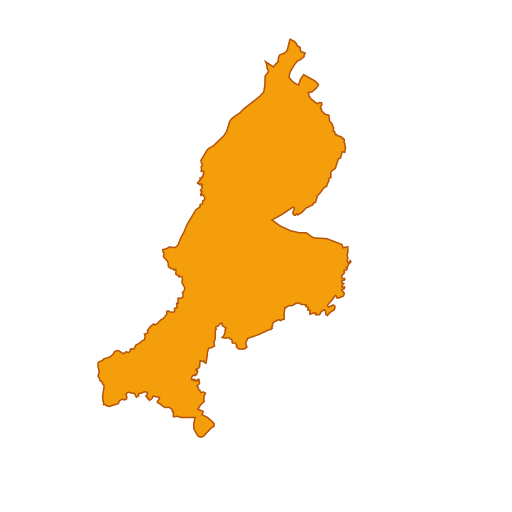 Phan Thong, Chon Buri, Thailand (Equal Earth projection), rotated 210°
{"feature_id": "78962969B10956756267411", "entity_name": "Phan Thong", "entity_type": "district", "adm_level": 2, "iso_a3": "THA", "parent_name": "Thailand", "parent_adm1": "Chon Buri", "projection": "equal_earth", "projection_center": [101.08, 13.465], "detail": "fine", "context": "isolated", "style": "filled", "palette": "amber", "viewbox_px": 512, "rotation_deg": 210, "n_neighbors": 0, "source": "geoboundaries", "source_scale": "gbopen_adm2", "svg_char_len": 6090}
<svg xmlns="http://www.w3.org/2000/svg" viewBox="0 0 512 512"><g transform="rotate(210 256 256)"><path d="M344.9,429.1L342.6,427.4L340.5,424.3L338.1,422.7L337.4,421.5L338.1,416.4L333.8,408.5L331.6,402.7L331.4,401.2L332.7,395.7L340.4,376.7L341.5,371.8L344.5,365.9L346.0,361.9L346.0,359.2L343.7,349.0L344.0,344.2L347.9,330.4L350.9,325.1L351.3,323.4L351.5,311.2L349.4,308.9L347.8,308.2L348.2,305.9L346.2,303.4L346.1,302.1L344.5,302.3L343.7,303.1L342.0,300.4L342.5,299.8L341.9,298.8L341.8,297.0L342.6,296.8L342.7,295.7L343.4,295.3L341.9,294.2L342.8,293.3L342.6,292.2L343.2,290.5L343.1,289.8L342.2,289.6L341.4,290.3L340.4,289.7L339.7,291.1L338.2,291.1L338.5,289.4L337.2,288.9L336.6,287.7L337.0,285.5L335.9,284.6L334.7,284.8L335.0,282.7L334.2,280.9L333.7,280.9L333.2,282.5L332.5,282.5L329.5,280.8L328.7,279.1L329.7,277.2L328.4,274.0L330.0,272.9L329.8,271.6L329.0,271.1L329.1,270.4L331.1,266.1L331.5,249.6L330.4,240.9L330.2,234.3L329.0,225.9L330.4,222.7L335.7,220.5L337.1,217.6L340.0,214.9L338.4,212.9L337.0,212.5L335.8,209.0L330.0,207.2L328.4,205.8L326.7,203.1L323.9,202.5L320.8,203.4L319.9,202.7L318.9,204.4L317.3,202.3L316.6,200.3L313.8,199.9L313.0,200.6L312.2,199.4L310.6,200.8L309.6,200.9L307.7,198.6L307.5,197.1L306.4,195.6L301.7,192.8L300.9,190.3L301.3,187.2L299.9,186.5L298.8,183.9L299.7,181.9L302.5,180.5L299.9,176.1L301.0,175.6L301.0,174.9L298.4,171.8L300.4,169.9L298.7,167.2L299.3,166.2L301.7,164.7L304.4,164.6L305.6,163.5L304.2,160.9L304.9,155.7L306.6,152.9L307.6,148.5L309.1,145.6L310.7,146.1L312.3,141.7L312.8,137.2L311.3,135.7L312.3,133.6L313.6,132.7L311.7,130.7L310.7,127.8L312.0,126.1L313.2,122.5L315.5,118.9L315.2,114.1L317.8,113.3L318.2,112.1L317.5,111.1L317.6,109.6L318.5,108.4L320.6,108.3L321.7,105.2L328.0,105.3L330.6,102.9L330.6,99.7L331.7,96.4L332.6,94.8L336.5,90.6L336.7,88.8L339.4,85.3L338.9,83.5L337.6,81.3L333.5,76.9L333.5,75.0L332.5,72.7L330.2,71.7L328.8,70.0L326.5,70.0L325.1,68.6L323.3,68.1L322.3,67.1L318.9,58.3L316.7,54.6L314.4,52.6L313.7,51.0L312.4,52.0L311.0,51.6L308.0,52.2L301.4,59.3L302.0,62.4L299.9,65.4L298.2,65.4L296.7,67.1L297.2,69.2L298.7,70.4L299.5,71.9L298.4,74.3L294.2,75.4L292.7,76.3L289.0,73.9L287.9,75.9L288.1,77.1L288.9,78.2L286.3,80.3L285.0,82.5L282.2,83.5L281.0,82.5L281.3,79.7L281.0,79.2L279.1,79.5L278.7,78.3L277.1,78.4L276.1,77.6L274.8,80.6L275.0,83.2L268.8,85.3L268.3,82.8L268.8,80.9L267.9,79.7L265.2,79.9L259.6,79.2L258.2,79.7L255.9,81.5L252.1,81.2L250.5,79.4L249.5,79.8L247.4,75.6L246.9,75.5L244.3,77.7L239.9,78.8L228.0,85.7L226.0,79.4L223.4,75.2L216.8,71.3L214.9,71.1L212.9,71.6L211.3,73.9L208.7,85.1L207.2,87.7L208.6,90.1L217.3,92.0L223.5,91.5L223.9,95.0L229.7,94.2L229.5,99.5L228.1,104.4L229.9,105.8L229.8,106.9L230.9,108.3L231.1,112.0L233.9,111.8L235.8,110.0L237.5,111.7L238.9,111.7L240.8,113.7L242.3,113.9L241.1,117.3L243.8,120.7L244.6,120.2L244.5,118.3L245.2,117.9L246.0,118.6L247.5,117.0L248.0,118.2L249.7,116.8L251.0,118.3L251.0,120.3L250.2,122.5L249.0,121.8L248.2,123.5L248.8,126.9L249.5,126.9L249.6,127.7L251.1,127.4L250.9,128.7L249.6,130.1L249.9,131.2L249.5,131.9L252.1,137.4L249.3,138.1L248.8,139.0L247.9,138.1L245.7,138.1L248.5,145.6L250.0,148.3L250.9,152.9L248.9,154.0L246.9,157.3L249.0,159.6L250.1,164.4L254.2,171.5L253.7,172.7L254.4,172.8L255.3,174.6L253.7,176.8L253.3,179.7L251.6,180.9L250.6,178.8L245.9,178.6L245.9,176.7L244.8,174.9L244.0,171.3L244.6,168.5L240.8,169.8L240.1,170.9L238.3,171.8L236.6,171.1L235.4,171.6L234.2,170.7L233.8,169.5L232.7,168.9L231.5,169.9L229.9,169.9L228.2,169.1L227.8,167.7L224.6,166.8L220.8,168.7L218.8,170.6L219.2,171.6L218.3,172.6L221.3,175.3L222.0,180.4L214.3,189.4L207.7,198.9L206.3,199.8L206.4,200.9L205.8,201.4L207.1,203.1L206.7,203.7L207.7,205.4L207.7,207.3L204.7,212.1L202.2,212.4L202.1,213.3L200.0,215.4L202.8,220.1L205.2,225.7L204.2,226.1L203.9,227.5L202.2,229.9L200.7,230.4L198.3,233.4L198.5,234.1L196.1,236.3L194.0,237.1L193.1,236.5L188.2,238.8L187.8,237.3L184.9,237.5L184.3,235.1L182.3,236.1L180.2,232.5L176.9,236.2L176.0,235.6L175.5,236.2L174.8,235.0L171.6,237.0L171.7,240.6L169.8,243.7L168.0,242.8L166.2,240.2L164.5,240.1L163.6,244.1L161.4,248.4L161.8,250.9L163.0,252.2L164.6,252.2L167.8,248.0L169.2,248.6L169.4,250.0L168.1,256.4L167.6,261.6L166.3,261.4L165.2,260.2L163.9,260.4L160.5,264.6L160.5,267.0L161.4,268.2L164.5,269.2L164.9,269.7L163.2,271.8L163.5,273.3L164.2,273.5L165.8,272.1L166.4,272.6L166.7,274.6L166.1,275.9L168.6,275.8L169.1,277.7L167.5,279.1L167.4,280.3L168.2,280.9L169.7,279.7L170.6,279.7L171.7,281.2L171.7,283.2L171.0,284.0L171.4,286.3L172.6,287.5L170.6,289.3L170.9,291.2L172.0,291.3L171.4,292.8L171.8,294.5L170.9,298.5L172.3,299.1L172.3,296.7L173.0,296.0L174.7,297.2L175.4,300.2L177.6,302.3L178.3,305.2L181.1,309.9L184.7,306.7L187.4,308.9L203.4,306.4L214.4,300.9L217.0,300.5L224.2,301.2L230.1,297.8L238.9,295.1L250.2,294.1L260.2,295.2L254.3,304.9L248.9,316.0L248.0,317.0L246.7,316.7L245.8,311.9L244.8,310.9L243.0,310.4L242.4,310.9L241.8,312.9L240.4,312.4L238.0,316.9L236.5,323.2L235.1,324.3L234.3,326.3L232.5,328.4L232.6,330.7L231.4,331.9L232.2,336.7L233.1,338.7L232.1,341.9L231.3,348.9L229.6,352.0L230.4,354.2L230.3,356.5L231.5,360.1L231.2,361.0L230.4,361.3L233.2,366.1L232.9,367.6L231.1,371.5L233.3,381.6L231.9,382.7L231.9,383.4L233.5,389.4L231.0,390.1L232.9,395.2L234.4,396.1L235.3,397.9L236.4,398.2L237.7,401.0L239.7,401.5L240.0,401.0L241.9,402.0L244.9,401.0L247.0,401.5L247.8,400.8L249.2,401.7L249.8,403.0L251.5,402.8L252.9,406.0L254.0,406.4L256.2,408.5L259.7,409.5L263.3,414.4L267.0,413.3L272.0,414.6L272.6,416.0L273.7,416.1L274.5,417.0L274.7,420.4L276.0,421.6L278.3,420.2L279.1,418.4L286.7,419.5L290.3,421.1L290.9,422.4L292.6,423.6L289.5,426.2L287.7,431.7L287.5,435.7L287.8,435.9L292.5,437.1L305.4,436.9L305.9,431.3L304.6,425.4L308.2,425.0L312.2,425.5L317.0,427.5L318.4,432.1L318.4,440.6L317.6,445.8L316.0,447.7L314.0,452.6L314.8,454.3L314.8,456.3L319.2,455.5L321.0,457.1L321.6,458.3L322.5,458.4L322.8,459.0L324.9,458.5L327.9,460.5L330.0,461.0L334.7,460.9L334.9,460.4L331.9,450.1L332.0,448.1L332.8,446.1L335.9,442.2L336.0,441.3L335.6,438.8L334.0,434.5L334.8,432.9L335.5,428.5L344.9,429.1Z" fill="#f59e0b" stroke="#b45309" stroke-width="1.5"/></g></svg>